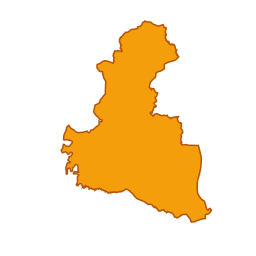 Phibun Mangsahan, Ubon Ratchathani, Thailand (Natural Earth projection), rotated 351°
{"feature_id": "78962969B76459956154531", "entity_name": "Phibun Mangsahan", "entity_type": "district", "adm_level": 2, "iso_a3": "THA", "parent_name": "Thailand", "parent_adm1": "Ubon Ratchathani", "projection": "natural_earth1", "projection_center": [105.21, 15.161], "detail": "fine", "context": "isolated", "style": "filled", "palette": "amber", "viewbox_px": 256, "rotation_deg": 351, "n_neighbors": 0, "source": "geoboundaries", "source_scale": "gbopen_adm2", "svg_char_len": 5819}
<svg xmlns="http://www.w3.org/2000/svg" viewBox="0 0 256 256"><g transform="rotate(351 128 128)"><path d="M190.3,229.5L190.5,226.6L190.8,225.9L191.5,225.5L194.3,225.4L195.2,224.8L197.5,222.4L197.5,221.8L196.3,220.2L195.5,220.3L194.6,221.7L193.9,221.7L193.6,221.3L193.1,220.1L192.0,212.2L189.7,210.2L188.9,209.1L186.6,204.0L186.8,199.4L187.8,193.4L188.7,190.1L189.9,187.9L192.6,181.4L193.8,178.0L195.3,171.6L195.8,168.6L194.8,156.3L184.6,154.4L182.4,153.3L180.1,153.5L178.8,153.0L177.7,151.5L177.7,151.0L178.2,150.6L178.8,150.7L178.2,148.8L178.7,146.5L179.4,145.1L179.2,142.9L181.3,141.3L181.5,139.9L181.2,138.5L180.0,136.4L180.9,134.8L181.0,133.1L181.6,132.1L181.0,131.8L181.2,131.4L178.7,129.9L178.2,127.1L178.2,126.4L178.6,125.3L179.4,125.2L179.7,124.7L176.6,124.4L173.1,124.7L171.8,125.5L171.0,124.4L170.2,124.2L169.1,122.9L168.7,121.5L167.0,121.7L165.5,120.9L163.3,121.2L158.6,118.3L156.9,118.7L156.2,118.5L156.1,118.9L154.5,120.2L154.2,119.3L152.9,118.2L152.2,117.0L152.9,116.0L153.9,116.8L154.4,116.8L154.6,115.5L155.5,114.5L156.0,112.9L156.7,112.2L156.9,111.3L158.1,111.7L159.2,111.2L159.3,110.6L158.0,109.2L157.4,107.7L158.4,106.8L160.3,106.3L160.3,104.8L159.5,102.7L159.5,102.1L161.1,101.3L162.7,98.3L162.5,97.8L161.6,97.6L160.7,96.7L159.5,93.0L158.1,93.1L157.1,93.9L156.8,93.0L156.8,92.3L156.3,92.3L155.3,91.3L157.1,86.6L159.5,84.4L162.9,82.2L163.6,81.1L164.0,78.6L164.4,78.0L166.1,77.2L169.4,76.8L173.0,75.3L173.4,74.6L173.6,71.2L174.1,70.6L178.0,69.3L184.8,68.5L186.3,67.8L189.2,65.6L188.5,64.3L187.6,63.7L188.1,62.8L187.1,61.6L187.4,60.9L187.1,59.5L188.1,59.3L188.3,58.6L187.6,58.0L187.1,55.4L187.2,54.4L186.5,53.5L186.6,52.8L185.6,52.9L184.8,51.9L184.6,52.3L183.8,52.1L183.3,52.6L182.2,51.8L182.1,52.0L182.3,51.1L181.6,50.7L181.8,50.1L181.1,49.5L181.4,49.5L181.3,48.9L181.5,48.8L180.9,48.4L180.0,48.4L179.5,47.5L179.7,47.0L179.3,46.4L179.4,45.6L178.8,45.1L179.4,43.5L179.3,42.3L180.0,42.5L180.3,42.0L180.3,40.3L179.8,39.7L179.8,39.0L181.2,36.0L181.3,35.0L181.1,34.7L180.7,34.9L179.5,34.3L178.9,31.4L175.0,32.0L173.4,31.9L168.7,29.1L167.0,27.0L163.6,26.3L161.5,25.0L161.1,25.6L159.1,26.0L157.9,28.0L156.1,29.5L154.4,29.4L153.3,29.7L153.0,31.1L150.4,31.4L146.2,31.3L145.0,32.3L142.2,33.5L140.5,33.0L139.5,34.1L138.9,34.2L138.4,35.0L137.9,35.0L136.9,36.4L135.6,37.0L135.5,37.5L134.9,37.3L134.4,37.7L134.1,38.6L133.5,38.9L133.5,40.1L133.0,41.0L133.5,42.4L133.4,43.6L133.7,44.0L134.0,43.8L134.1,44.3L134.1,45.4L133.8,45.3L133.8,46.1L132.8,47.8L133.3,48.8L133.7,48.9L133.5,49.5L134.3,50.3L134.0,51.3L133.7,51.6L133.1,51.0L129.8,49.9L128.9,50.5L128.3,50.4L127.1,49.7L126.5,50.4L126.0,51.8L125.6,52.2L125.4,52.1L125.1,52.9L125.2,53.4L124.5,54.5L125.0,55.0L125.0,56.1L125.3,56.6L124.9,56.8L124.9,57.8L124.5,58.6L124.8,59.3L124.5,59.6L124.6,60.1L124.2,60.4L123.6,61.6L117.6,58.5L115.4,57.9L113.4,58.3L110.3,59.9L107.5,60.4L107.0,62.1L106.8,64.0L108.8,67.5L109.4,67.9L111.6,68.3L111.6,71.8L111.9,74.8L113.3,78.3L110.9,90.7L110.6,91.3L109.0,92.2L107.0,94.3L104.8,96.0L104.3,98.2L102.6,99.2L99.0,100.3L96.7,106.4L96.9,107.6L98.3,110.5L100.4,112.9L101.4,115.0L103.5,115.9L103.5,117.0L102.5,117.8L100.5,116.6L100.1,119.8L99.5,120.5L97.1,121.7L93.3,124.2L91.0,124.3L89.7,126.1L88.9,126.5L87.9,126.2L87.4,124.9L87.0,124.7L82.7,125.2L77.6,124.7L75.6,123.4L74.3,121.6L71.5,119.3L69.9,116.0L67.6,117.7L66.3,121.0L64.5,123.5L63.4,125.7L62.5,129.4L63.1,129.9L64.8,129.8L69.3,131.2L70.8,132.6L70.7,133.7L68.2,136.1L67.0,136.8L64.3,136.5L62.4,134.3L61.6,134.1L60.3,137.9L58.8,139.0L58.5,139.8L59.1,141.8L59.6,142.3L61.4,141.8L62.9,141.9L63.5,142.3L64.2,144.2L64.7,144.6L65.5,144.5L67.6,142.9L69.0,143.8L69.3,144.6L66.8,147.2L65.4,147.0L65.0,148.4L63.8,150.0L63.7,150.7L65.5,152.4L65.6,152.9L65.2,153.2L62.9,153.0L62.2,153.7L60.3,157.7L60.2,161.7L59.7,163.4L60.2,163.9L61.0,163.6L61.3,160.4L62.3,158.6L64.2,158.5L64.8,161.6L65.1,162.1L65.7,162.1L66.5,161.6L67.1,158.6L68.6,157.9L70.2,156.0L71.5,156.1L72.2,156.6L72.5,157.6L72.5,158.8L72.0,161.9L72.4,163.2L72.2,163.9L71.9,164.0L71.1,163.2L69.6,163.3L68.2,162.8L67.5,163.3L67.0,164.2L67.0,164.7L67.3,164.9L69.8,165.0L71.3,166.1L71.9,167.1L70.5,168.1L69.7,173.0L69.3,174.2L68.1,175.8L68.4,176.8L69.6,177.1L69.9,176.6L69.8,176.3L71.6,175.5L72.8,175.6L73.4,176.3L73.7,177.8L74.1,178.3L73.9,179.0L74.1,178.8L74.3,179.2L74.6,178.7L74.5,179.1L74.9,179.1L75.1,179.9L75.3,179.6L75.5,179.8L75.6,179.4L75.8,179.7L76.2,179.4L76.2,179.9L76.6,179.8L76.4,179.6L77.1,178.5L77.2,178.9L77.8,179.1L77.6,179.5L79.1,179.3L79.4,179.6L79.2,179.8L80.0,180.0L80.0,182.2L81.4,181.7L82.0,182.2L82.6,181.8L83.3,182.8L84.4,183.0L84.7,183.4L85.1,183.2L85.2,183.5L85.3,183.2L85.7,183.3L86.0,183.5L85.8,183.8L86.3,184.1L86.6,183.4L87.2,183.7L88.2,183.0L88.8,183.2L89.2,183.8L90.6,183.2L91.4,184.3L92.2,184.2L92.4,185.2L93.3,185.3L93.5,185.7L94.0,185.6L94.5,186.2L95.2,186.3L95.3,186.8L96.1,187.0L96.0,187.3L96.2,187.2L97.3,187.8L98.0,189.1L98.5,189.2L98.6,188.8L99.1,188.7L99.2,188.9L100.1,188.9L100.7,189.6L101.0,188.8L103.3,189.2L103.3,188.9L104.0,188.8L105.4,189.5L105.9,189.4L105.9,189.7L106.8,190.0L107.6,189.6L109.7,189.8L110.1,189.5L111.0,190.0L112.3,189.6L112.8,189.1L114.0,189.3L115.9,188.0L117.4,188.5L119.9,190.4L120.4,191.5L122.1,193.2L123.9,196.6L126.0,199.3L132.9,203.5L136.0,206.7L137.4,206.7L139.6,207.5L140.6,209.0L140.6,209.5L141.2,209.7L141.3,210.2L142.0,210.3L141.8,210.7L142.2,210.9L143.1,210.8L143.1,211.2L144.4,212.7L144.4,213.2L145.1,213.8L145.2,214.5L145.6,214.4L146.0,215.0L147.1,215.1L147.9,214.4L149.6,214.6L150.4,214.3L151.0,215.7L152.6,217.1L152.8,217.7L154.2,216.8L158.3,219.1L159.5,221.0L160.1,223.3L161.3,223.3L161.9,224.2L162.6,224.5L165.8,223.2L166.3,222.5L166.8,222.7L167.7,222.2L169.2,222.1L170.9,222.4L172.2,222.3L175.4,228.1L175.6,229.2L175.3,230.2L176.1,230.9L179.7,231.0L181.4,230.3L186.2,229.5L190.3,229.5Z" fill="#f59e0b" stroke="#b45309" stroke-width="1.5"/></g></svg>